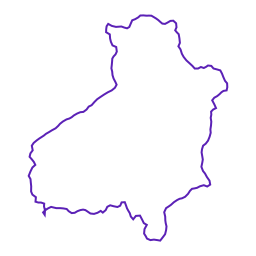 outline of Conceição do Rio Verde, Minas Gerais, Brazil
{"feature_id": "56859067B49898268691236", "entity_name": "Conceição do Rio Verde", "entity_type": "district", "adm_level": 2, "iso_a3": "BRA", "parent_name": "Brazil", "parent_adm1": "Minas Gerais", "projection": "robinson", "projection_center": [-45.092, -21.892], "detail": "fine", "context": "isolated", "style": "outline", "palette": "violet", "viewbox_px": 256, "rotation_deg": 0, "n_neighbors": 0, "source": "geoboundaries", "source_scale": "gbopen_adm2", "svg_char_len": 2780}
<svg xmlns="http://www.w3.org/2000/svg" viewBox="0 0 256 256"><path d="M226.6,90.4L227.3,87.2L227.1,83.3L225.0,80.8L223.4,77.2L222.0,73.6L220.3,70.4L216.9,69.4L213.5,68.5L211.3,65.9L208.0,65.5L206.0,66.9L203.8,68.0L200.9,67.0L198.1,68.5L194.7,68.5L192.5,66.0L189.8,63.5L186.4,60.4L183.7,57.0L181.9,53.8L180.5,49.4L178.4,46.3L179.9,42.9L179.4,38.2L178.7,34.2L176.8,32.3L175.2,30.3L176.5,27.3L176.1,23.3L173.3,20.7L170.4,20.9L167.5,22.6L165.0,23.9L162.3,23.6L160.4,22.0L158.3,20.1L156.1,18.5L153.8,17.1L151.4,15.7L148.9,15.6L146.5,15.7L143.5,15.4L140.3,15.5L138.2,17.4L135.1,19.2L132.2,20.3L130.8,23.5L129.3,27.0L127.1,28.3L124.4,27.6L121.4,26.5L118.6,26.7L116.0,26.9L111.8,25.9L108.2,23.9L106.6,26.3L106.2,29.2L106.1,32.2L109.8,34.4L110.1,38.5L110.9,41.8L112.5,45.4L116.2,47.0L116.8,51.6L115.5,54.4L113.6,56.4L112.3,58.6L112.1,61.4L111.8,64.8L111.4,68.3L112.2,71.7L112.5,75.1L113.6,78.6L115.4,82.0L116.6,84.7L114.9,87.8L111.7,90.4L107.8,92.3L104.0,94.6L100.4,97.0L97.2,99.2L94.5,101.9L91.6,105.2L88.7,106.6L86.6,109.5L83.4,111.9L80.3,112.2L77.2,113.5L73.9,115.4L71.7,117.2L69.4,118.5L66.5,119.4L62.9,121.5L60.0,123.8L58.2,125.9L55.6,128.3L51.9,130.3L49.0,132.1L46.0,133.8L43.8,135.6L41.8,136.9L39.3,138.5L36.7,140.4L33.7,142.9L31.8,145.7L32.7,150.3L30.4,153.4L29.6,156.8L32.1,159.7L33.9,162.0L35.3,164.9L32.4,167.5L30.4,171.6L28.7,175.9L30.5,179.1L30.8,182.5L31.2,186.3L31.1,191.5L32.4,194.6L35.9,197.2L35.5,201.7L38.2,202.5L40.9,202.5L44.2,203.6L44.0,206.4L45.0,210.4L48.0,208.4L51.1,206.9L54.0,207.6L56.2,208.1L59.6,208.1L63.2,208.4L66.7,209.0L68.7,211.2L71.7,213.1L74.7,212.8L77.4,211.2L80.3,210.1L83.1,209.6L85.4,210.1L87.5,211.5L90.4,213.5L94.0,213.9L97.5,212.8L100.7,210.9L102.8,212.6L105.7,210.1L107.3,206.8L110.2,205.3L113.5,206.2L117.4,207.0L120.2,205.7L121.6,202.4L124.8,202.2L126.1,205.7L127.0,208.3L128.3,210.7L129.8,213.2L130.8,216.5L133.2,219.3L135.9,215.9L140.0,215.6L142.2,219.8L143.8,223.1L146.8,224.9L144.5,229.1L144.1,233.6L145.7,236.1L147.0,238.6L150.4,240.1L153.9,239.6L157.3,240.1L160.2,240.6L162.7,237.4L165.1,234.2L166.1,230.1L166.5,226.4L165.7,223.1L165.3,220.3L165.2,216.6L164.2,212.2L166.1,208.1L168.6,206.5L170.9,204.9L173.9,202.2L177.2,200.0L179.6,198.8L182.0,198.3L185.1,196.8L188.0,193.9L190.0,190.8L192.0,188.8L194.5,188.4L197.1,187.8L199.9,186.3L203.8,185.2L207.2,186.5L210.2,184.6L209.5,180.7L206.9,177.0L205.0,173.5L203.0,171.0L201.4,166.8L202.3,162.5L202.8,159.5L202.3,156.5L201.6,152.4L202.0,149.3L203.1,145.7L205.7,143.7L208.0,140.7L209.6,136.8L210.7,132.8L210.4,129.4L211.0,125.5L211.3,121.6L210.7,117.9L211.3,114.6L211.1,111.6L213.2,109.5L216.0,108.1L214.5,104.7L212.2,100.3L214.3,97.7L217.2,96.1L219.5,94.2L221.5,92.2L223.5,90.9L226.6,90.4ZM45.0,210.4L43.1,212.4L44.7,214.8L45.0,210.4Z" fill="none" stroke="#5b21b6" stroke-width="2"/></svg>